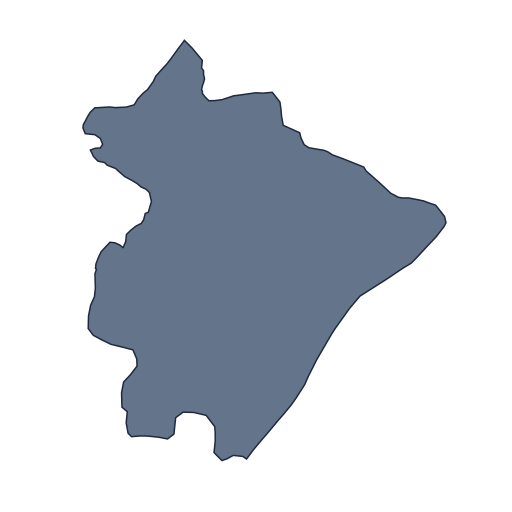 outline of Daquq, At-Ta'mim, Iraq, rotated 276°
{"feature_id": "34846034B46783343918511", "entity_name": "Daquq", "entity_type": "district", "adm_level": 2, "iso_a3": "IRQ", "parent_name": "Iraq", "parent_adm1": "At-Ta'mim", "projection": "natural_earth1", "projection_center": [44.248, 34.995], "detail": "fine", "context": "isolated", "style": "filled", "palette": "slate", "viewbox_px": 512, "rotation_deg": 276, "n_neighbors": 0, "source": "geoboundaries", "source_scale": "gbopen_adm2", "svg_char_len": 2192}
<svg xmlns="http://www.w3.org/2000/svg" viewBox="0 0 512 512"><g transform="rotate(276 256 256)"><path d="M325.4,429.2L326.5,423.9L328.3,416.9L329.0,409.9L329.7,401.5L329.0,395.3L329.3,391.4L332.5,383.4L341.8,371.1L345.0,366.6L352.1,356.6L355.7,353.9L357.1,349.1L361.8,332.4L364.6,321.4L367.1,316.5L368.2,312.6L369.2,297.2L371.7,292.3L378.1,288.4L383.1,286.6L388.8,269.4L397.7,266.8L404.5,265.5L411.6,263.7L419.4,256.2L420.5,254.9L418.7,246.1L418.3,238.6L414.1,221.9L413.0,217.1L408.0,206.1L406.2,198.6L405.5,192.9L408.7,188.9L411.9,185.8L414.4,185.4L415.4,184.5L419.7,184.9L423.3,185.8L426.8,186.3L431.1,184.9L434.7,184.5L437.3,182.2L439.5,182.2L444.9,182.2L456.3,170.5L463.0,162.2L462.1,161.8L454.2,157.0L442.4,150.2L437.7,147.3L429.8,141.4L424.3,137.5L418.8,135.6L410.1,130.7L406.2,126.8L399.9,122.0L393.6,119.1L390.5,111.3L388.9,100.6L388.9,94.8L386.5,80.2L381.8,76.3L377.9,74.3L368.4,70.5L365.3,70.5L359.8,73.4L359.8,83.1L356.6,88.9L351.1,91.8L347.2,89.9L346.4,85.0L344.1,80.2L337.8,84.1L333.8,88.9L333.1,95.7L330.7,98.6L328.3,107.4L326.0,110.3L321.3,117.1L318.1,124.9L315.8,129.8L312.6,134.6L311.0,139.5L307.9,143.4L299.2,146.3L288.2,144.3L286.7,141.4L280.4,140.5L276.4,138.5L273.3,133.6L268.6,128.8L263.9,124.9L256.8,124.9L250.5,123.0L252.8,119.1L254.4,114.2L254.4,109.3L250.5,106.4L244.2,101.6L238.7,99.6L231.6,97.7L226.8,97.7L226.2,98.7L221.4,97.7L207.2,99.6L198.6,99.6L189.9,96.7L178.9,95.7L166.3,96.7L160.1,102.5L156.1,112.3L153.0,121.0L151.4,132.7L149.8,143.4L141.1,148.2L134.1,149.2L124.6,143.4L116.8,137.5L105.8,136.6L91.6,138.5L87.7,144.3L76.6,144.3L66.4,147.3L63.3,151.1L64.8,158.9L65.6,166.7L65.6,178.4L64.8,187.1L70.3,193.0L78.2,193.0L86.8,193.0L93.1,199.8L93.9,210.5L92.3,223.1L82.0,232.8L76.5,233.8L67.9,234.8L56.1,234.8L49.0,243.5L51.3,248.4L55.3,254.2L55.3,263.9L53.1,267.8L63.2,273.8L73.8,280.9L80.6,285.7L94.5,295.0L101.3,299.8L111.2,306.4L119.1,310.8L133.3,317.9L141.5,320.5L159.0,327.1L186.4,339.4L192.5,342.5L212.4,353.8L213.5,354.4L227.0,363.6L233.5,371.8L246.6,388.3L259.1,403.2L259.8,404.1L265.2,411.2L271.2,416.0L283.0,424.8L294.0,433.2L304.7,439.8L309.0,441.5L315.1,439.3L323.3,431.4L325.4,429.2Z" fill="#64748b" stroke="#1e293b" stroke-width="1.5"/></g></svg>